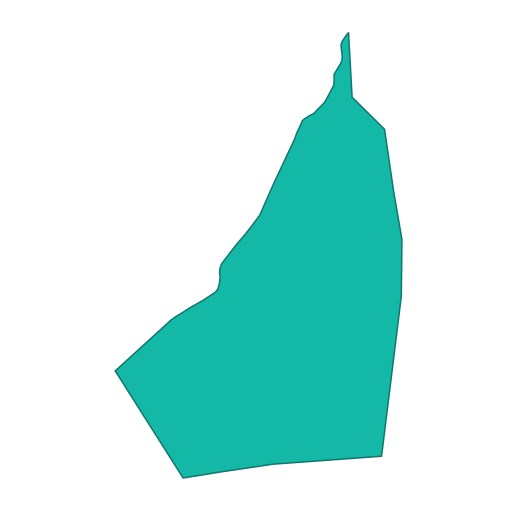 Bayantal, Dornogovi, Mongolia (Natural Earth projection), rotated 87°
{"feature_id": "93677404B54852332365527", "entity_name": "Bayantal", "entity_type": "district", "adm_level": 2, "iso_a3": "MNG", "parent_name": "Mongolia", "parent_adm1": "Dornogovi", "projection": "natural_earth1", "projection_center": [108.074, 46.665], "detail": "fine", "context": "isolated", "style": "filled", "palette": "teal", "viewbox_px": 512, "rotation_deg": 87, "n_neighbors": 0, "source": "geoboundaries", "source_scale": "gbopen_adm2", "svg_char_len": 1055}
<svg xmlns="http://www.w3.org/2000/svg" viewBox="0 0 512 512"><g transform="rotate(87 256 256)"><path d="M38.1,151.9L38.4,152.7L39.3,153.5L41.3,155.0L44.0,157.1L44.8,157.7L46.2,158.7L47.4,159.2L48.1,159.5L48.8,159.8L49.2,159.9L49.6,160.0L50.0,160.1L53.7,159.9L61.3,159.4L61.7,159.5L63.4,159.7L64.4,159.8L64.6,159.9L67.7,161.1L74.5,165.7L78.7,168.5L83.9,168.8L89.0,169.2L97.5,174.1L101.8,176.7L106.3,179.6L112.8,186.7L114.5,188.5L116.0,190.0L116.8,191.0L118.6,195.1L121.7,200.6L123.3,202.6L126.1,204.0L128.8,205.3L133.9,208.2L141.6,211.5L156.3,219.4L182.4,233.4L189.0,236.8L215.4,250.1L218.7,252.8L226.0,258.9L233.7,265.6L243.2,274.7L260.8,289.8L263.0,291.2L265.5,292.3L268.2,293.0L271.4,293.3L275.1,292.9L281.5,294.0L285.9,295.4L288.1,296.7L290.1,298.7L291.7,301.4L297.8,311.7L302.5,321.3L304.3,324.8L308.8,332.7L312.1,338.8L313.3,340.8L315.4,344.1L363.4,402.6L473.9,340.4L470.1,305.6L464.8,250.5L462.5,141.1L303.9,113.0L247.1,109.4L198.4,115.2L136.2,121.0L102.5,151.7L39.7,151.9L38.1,151.9Z" fill="#14b8a6" stroke="#0f766e" stroke-width="1.5"/></g></svg>